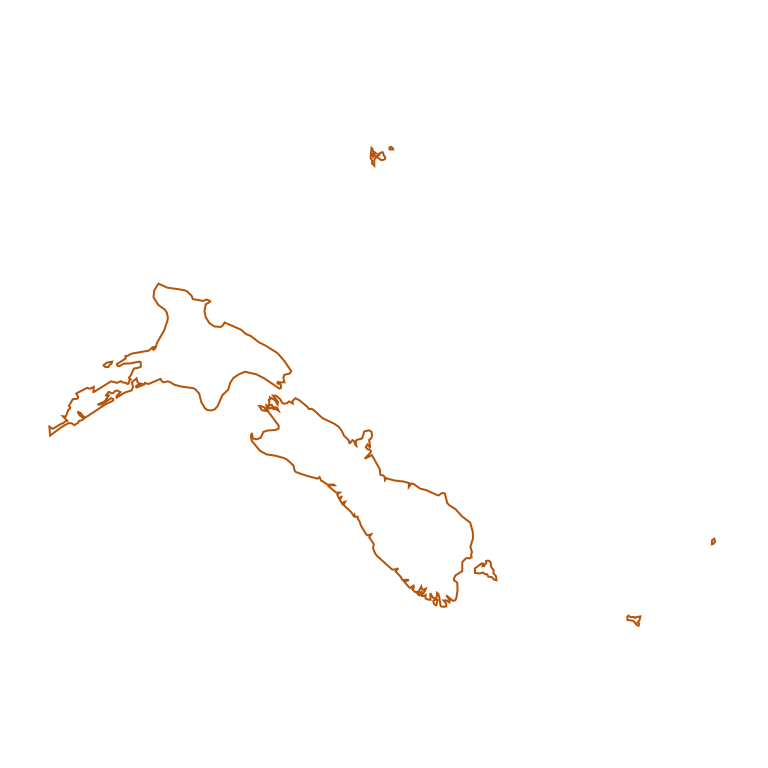 an SVG outline of New Zealand, rotated 271°
{"feature_id": "NZL", "entity_name": "New Zealand", "entity_type": "country or territory", "adm_level": 0, "iso_a3": "NZL", "parent_name": "Oceania", "parent_adm1": "", "projection": "mercator", "projection_center": [173.207, -30.558], "detail": "fine", "context": "isolated", "style": "outline", "palette": "amber", "viewbox_px": 768, "rotation_deg": 271, "n_neighbors": 0, "source": "natural_earth", "source_scale": "50m", "svg_char_len": 6136}
<svg xmlns="http://www.w3.org/2000/svg" viewBox="0 0 768 768"><g transform="rotate(271 384 384)"><path d="M337.4,279.3L340.4,279.5L353.8,269.2L359.3,266.9L360.8,266.7L359.5,269.0L357.8,269.8L357.5,270.7L358.5,272.0L357.0,273.9L357.1,276.3L355.4,279.1L358.0,277.9L358.9,276.1L358.4,275.1L359.6,273.1L361.3,272.1L360.7,269.3L363.9,269.7L366.3,269.1L366.6,270.4L368.7,270.2L366.0,275.2L361.7,278.0L364.3,278.3L370.5,273.2L370.4,276.2L367.0,280.5L363.4,282.4L362.5,284.6L363.1,287.3L364.9,289.3L362.9,293.1L365.2,292.7L368.2,295.6L366.4,299.5L360.0,307.6L357.7,309.4L357.8,312.3L356.5,314.4L348.7,323.2L343.5,334.8L340.2,339.7L336.2,342.7L331.4,345.1L326.9,349.9L324.4,350.4L324.5,351.4L327.3,353.4L326.4,355.0L322.8,356.4L321.8,357.4L326.2,356.7L327.5,357.5L329.2,363.1L336.2,365.1L337.4,369.5L336.8,371.2L336.0,372.3L332.2,373.0L329.5,372.2L327.7,370.1L321.2,371.2L320.5,370.8L323.3,368.6L320.6,366.9L318.4,368.8L318.1,370.7L317.2,371.8L315.8,372.1L308.9,366.0L312.7,373.1L298.9,381.2L293.2,381.9L292.6,384.6L291.2,386.3L287.9,386.6L289.8,388.0L287.7,396.1L286.8,405.3L285.4,410.7L281.5,410.6L285.1,413.1L284.5,415.4L280.0,422.0L278.7,427.9L273.7,439.6L273.6,440.7L276.0,443.7L275.7,446.7L266.2,449.3L264.0,451.3L260.1,457.7L253.0,464.3L246.9,472.6L237.8,475.3L231.4,475.7L222.6,473.2L217.5,474.9L214.7,474.0L212.5,474.7L211.0,472.4L211.5,470.2L210.8,468.6L207.4,465.4L198.2,465.5L194.0,458.9L190.3,457.2L189.0,457.4L187.0,460.3L185.8,460.8L178.7,461.1L171.6,460.1L169.0,459.1L168.4,456.6L173.8,449.9L168.9,453.6L166.8,453.2L168.8,450.2L168.6,447.4L165.8,449.9L162.7,450.2L162.3,447.9L162.5,445.2L163.2,444.4L171.7,443.0L174.8,442.1L176.1,440.7L171.0,440.2L170.7,438.2L171.4,436.5L175.8,433.9L169.0,434.3L169.3,431.5L170.2,429.3L173.9,429.2L172.8,427.7L172.6,425.6L173.6,425.4L177.4,428.3L180.1,429.3L179.0,427.2L179.1,425.8L182.1,424.8L176.9,422.2L176.7,418.5L179.4,415.8L181.0,417.4L182.9,417.0L180.6,413.8L181.2,412.6L186.9,407.5L188.3,412.4L188.8,409.2L188.1,407.9L188.8,405.4L191.3,404.3L196.8,398.9L200.0,401.5L198.9,398.8L198.6,395.4L212.1,379.9L214.5,378.1L219.6,375.9L223.7,376.6L230.5,371.9L233.5,373.8L232.4,370.3L233.3,368.8L242.4,363.2L246.2,362.0L249.1,360.1L250.8,360.0L250.8,357.2L252.7,356.7L251.5,356.0L255.6,353.2L261.5,346.5L263.1,345.8L265.6,347.2L265.0,345.4L263.2,344.5L267.3,341.9L271.3,343.9L269.3,342.0L269.0,340.9L272.7,339.2L274.6,341.6L274.7,337.9L280.8,330.4L281.9,332.1L281.9,336.4L282.6,335.6L282.3,329.6L286.6,322.6L289.8,321.2L288.2,319.1L291.1,307.6L294.4,297.5L295.7,296.2L300.9,294.9L306.6,288.5L308.2,285.2L310.4,276.6L311.6,267.7L315.1,261.1L324.8,252.8L329.8,251.8L332.8,252.8L327.3,253.7L326.5,258.0L328.2,261.7L334.0,264.3L335.4,267.9L336.1,276.1L337.4,279.3ZM341.4,66.4L341.8,67.9L346.1,63.5L345.9,66.2L346.8,66.8L352.6,68.7L353.8,70.3L355.1,70.7L356.6,69.3L363.4,73.1L363.8,77.0L364.5,78.2L366.1,78.4L369.1,76.4L375.0,87.3L374.1,90.1L376.0,93.9L371.0,93.5L371.1,94.3L381.9,111.0L380.5,117.0L382.3,120.9L381.2,122.2L380.5,126.3L379.7,127.0L379.8,128.5L383.1,129.5L384.2,130.7L384.9,129.3L385.8,128.9L388.3,130.8L395.0,133.5L396.2,138.9L397.2,140.6L401.4,140.4L402.1,139.0L400.1,129.3L399.9,123.5L397.2,119.1L397.6,117.3L399.2,116.5L405.1,125.4L407.4,125.0L407.7,127.3L409.3,129.6L410.2,132.3L413.2,148.2L416.5,151.6L416.9,153.2L414.9,152.3L414.2,152.8L414.5,153.6L416.3,155.1L421.2,156.3L433.8,163.3L444.1,166.5L447.1,166.7L451.8,165.5L454.6,163.5L459.0,157.1L466.5,152.1L473.4,152.5L480.4,156.7L476.6,165.6L474.5,181.9L473.3,185.5L468.5,190.3L465.6,191.3L463.9,201.4L465.3,205.5L463.8,208.8L462.9,208.3L460.6,204.4L453.6,203.2L447.7,204.6L441.9,208.2L438.6,213.2L438.2,219.6L439.0,221.3L442.7,223.6L435.7,240.3L431.6,245.0L429.6,250.1L423.6,258.0L420.1,265.3L413.0,277.0L405.2,284.0L395.3,291.0L392.9,289.7L391.4,284.2L388.5,283.3L383.9,284.4L383.8,279.3L384.4,278.1L383.5,277.4L382.6,277.6L382.3,278.8L382.9,279.7L380.7,281.0L378.4,281.0L377.5,279.7L387.5,264.2L391.4,256.4L393.8,244.9L391.2,238.8L387.3,233.2L382.2,230.1L375.7,228.4L370.0,222.6L359.0,218.0L355.7,215.2L354.5,211.5L354.9,207.9L356.6,205.4L362.6,201.7L371.2,199.4L375.6,195.3L376.5,193.4L377.9,181.4L379.6,174.5L382.0,170.3L382.9,167.7L381.8,163.5L382.8,161.9L385.2,160.4L379.9,148.6L380.9,144.9L379.4,144.5L376.2,136.9L376.8,136.0L378.1,136.6L380.1,140.8L380.4,138.7L381.9,137.4L385.2,136.5L381.3,131.9L376.6,133.2L373.2,131.8L370.8,124.7L365.7,117.0L367.2,116.8L371.3,120.6L372.7,117.6L372.5,115.6L370.0,113.2L370.0,111.4L371.1,109.9L371.1,108.7L367.8,106.2L367.3,107.3L368.0,108.9L367.4,109.0L361.7,104.9L358.4,97.9L358.5,101.5L365.1,111.6L364.5,113.2L363.3,113.7L362.1,112.7L359.3,106.6L345.2,86.0L347.0,83.3L349.8,81.0L350.8,78.8L349.7,78.6L347.4,80.2L344.2,84.6L342.6,82.8L341.6,79.5L340.3,79.2L337.4,75.1L339.3,72.5L339.3,69.0L335.1,62.1L326.6,51.0L335.5,50.2L333.4,53.6L338.8,62.3L339.1,63.8L341.4,66.4ZM206.2,484.6L206.2,486.1L203.5,485.6L203.6,487.3L205.7,488.2L206.5,489.4L208.8,489.1L209.3,490.9L208.8,492.6L207.3,493.8L202.8,494.4L199.9,496.9L196.7,496.7L193.9,499.3L189.8,499.9L190.2,497.6L192.6,495.4L193.3,491.6L195.6,490.4L195.6,488.2L197.2,486.3L196.2,482.1L196.7,478.3L201.2,478.1L206.2,484.6ZM619.8,367.4L618.9,368.4L617.3,368.3L614.4,372.1L614.6,369.3L613.8,368.2L610.9,369.1L612.9,370.2L611.3,371.8L612.9,375.3L614.3,375.2L615.7,377.9L615.7,378.7L612.6,379.8L610.9,381.2L608.7,380.9L607.9,378.3L607.8,377.2L610.7,373.3L609.9,371.5L607.8,370.4L602.1,370.5L604.4,368.1L606.9,368.3L609.6,366.6L619.8,367.4ZM155.5,640.9L156.1,644.4L151.6,643.4L150.0,641.6L148.9,643.3L146.7,642.8L147.4,640.9L151.6,637.4L152.3,631.6L155.6,631.3L156.7,632.4L155.2,634.7L155.5,638.1L154.4,638.9L155.5,640.9ZM400.6,106.7L401.6,111.8L399.6,111.2L398.8,109.8L396.2,108.0L396.0,105.3L397.4,103.4L397.9,103.2L400.6,106.7ZM358.4,264.8L354.9,266.8L355.7,262.4L359.8,259.6L359.6,262.1L358.4,264.8ZM169.3,438.5L168.9,441.3L163.7,440.2L164.6,438.1L167.7,437.0L169.3,438.5ZM233.5,714.7L235.0,716.9L232.2,717.8L229.8,716.0L229.4,714.6L233.5,714.7ZM175.5,420.6L176.6,425.1L174.2,424.3L173.2,422.9L175.5,420.6ZM619.8,388.8L618.7,389.1L618.5,385.6L620.4,385.2L621.3,386.8L619.8,388.8Z" fill="none" stroke="#b45309" stroke-width="2"/></g></svg>